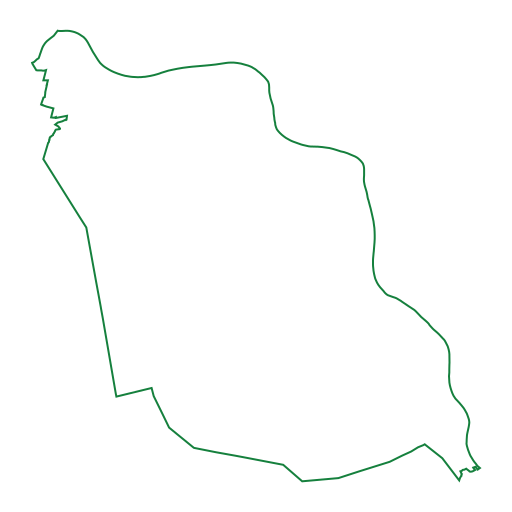 Land van Cuijk, Noord-Brabant, Netherlands (orthographic projection)
{"feature_id": "6326949B56936528103985", "entity_name": "Land van Cuijk", "entity_type": "district", "adm_level": 2, "iso_a3": "NLD", "parent_name": "Netherlands", "parent_adm1": "Noord-Brabant", "projection": "orthographic", "projection_center": [5.851, 51.664], "detail": "fine", "context": "isolated", "style": "outline", "palette": "green", "viewbox_px": 512, "rotation_deg": 0, "n_neighbors": 0, "source": "geoboundaries", "source_scale": "gbopen_adm2", "svg_char_len": 5607}
<svg xmlns="http://www.w3.org/2000/svg" viewBox="0 0 512 512"><path d="M83.6,37.1L80.0,34.7L78.2,33.6L76.4,32.8L74.6,32.1L72.8,31.6L71.0,31.2L69.2,30.9L67.4,30.8L65.6,30.8L61.9,31.0L60.1,31.0L58.3,30.9L57.7,30.7L53.8,35.7L52.4,36.8L51.2,37.7L49.8,38.8L47.2,40.9L46.1,42.0L44.9,43.4L44.0,44.8L43.4,45.7L42.8,46.8L42.3,47.9L41.9,49.0L41.1,51.2L40.5,53.0L40.1,54.0L39.9,54.7L39.3,56.5L38.7,58.1L38.6,58.3L36.8,59.4L35.5,60.7L33.9,62.1L32.1,62.8L32.4,63.7L33.8,66.1L36.3,70.2L37.6,70.4L41.2,70.4L41.9,70.5L42.4,70.6L43.1,70.7L43.6,70.7L44.3,70.6L45.4,70.3L46.0,70.1L45.2,73.4L44.1,77.6L43.4,80.3L47.9,80.3L46.7,85.0L46.9,85.0L45.2,92.4L45.3,92.7L44.8,97.1L43.4,97.6L43.1,98.7L42.9,99.3L41.8,102.4L41.4,103.5L41.1,104.5L42.4,104.9L42.3,105.1L46.6,106.6L49.6,107.4L53.4,108.4L51.1,117.4L52.8,117.6L53.4,117.7L53.9,117.6L54.3,117.6L55.5,117.2L55.4,117.5L55.5,118.0L55.8,118.0L67.0,115.8L66.5,119.7L66.2,119.9L66.0,119.5L62.3,121.3L57.7,122.6L55.2,124.6L55.7,124.9L58.1,126.3L58.3,126.4L59.9,128.4L60.0,128.5L60.0,128.8L59.8,128.9L59.5,129.1L59.3,129.2L58.8,129.2L58.4,129.3L56.8,129.5L56.3,129.6L56.0,129.6L55.8,129.8L55.4,130.2L55.1,130.7L55.1,131.0L54.7,131.8L54.6,132.0L54.4,132.3L54.2,132.5L54.1,132.8L53.8,133.3L53.8,133.5L53.2,134.0L53.1,134.5L53.0,134.8L53.0,135.1L52.9,135.2L52.6,135.3L52.2,135.6L51.8,135.9L51.5,136.0L51.3,136.3L50.7,136.8L50.4,136.8L50.2,137.0L49.9,137.5L49.7,137.9L49.6,138.1L49.7,138.5L49.5,138.9L49.5,139.2L49.5,139.4L49.4,139.5L49.2,139.8L49.4,140.1L49.2,140.4L49.0,141.1L49.0,141.4L48.8,142.2L48.7,142.3L48.6,142.5L48.2,142.7L43.3,159.1L79.8,217.3L86.3,227.5L87.4,233.6L96.0,281.1L99.0,297.3L100.9,307.7L100.9,307.9L102.8,318.3L115.8,393.7L116.0,394.7L116.4,396.6L151.6,388.0L153.7,396.1L162.6,414.2L169.1,427.6L176.9,434.0L193.7,447.7L194.1,447.9L216.3,452.3L234.8,455.6L243.9,457.3L283.2,464.8L302.2,481.3L338.4,478.1L359.7,471.2L389.7,461.8L402.2,455.6L411.2,451.5L418.0,447.3L423.4,445.1L424.7,444.3L442.3,458.2L459.2,480.4L460.0,478.0L460.9,476.4L461.1,476.2L461.5,475.8L461.5,475.7L461.4,475.3L461.3,475.1L461.5,474.7L461.8,474.1L461.6,474.0L461.3,473.4L461.2,472.9L460.4,471.3L461.9,470.8L462.1,470.6L462.5,470.0L462.7,469.9L464.6,469.6L465.7,468.9L466.3,468.7L466.5,468.9L467.4,469.7L468.2,470.2L469.4,471.2L469.6,471.5L469.9,471.6L470.8,471.7L472.5,471.4L475.1,470.0L474.0,468.7L473.3,467.8L473.2,467.6L475.5,466.8L476.6,468.3L477.7,469.6L478.2,469.2L479.9,468.0L477.5,466.0L475.8,463.7L474.4,462.0L473.2,460.3L471.5,457.5L470.5,455.9L469.8,454.4L469.3,453.1L468.0,449.7L466.9,445.9L466.7,444.8L466.6,444.3L466.5,443.9L466.6,442.2L466.7,439.4L466.9,436.4L467.0,435.0L467.3,433.3L468.0,430.1L468.7,426.9L469.0,425.1L469.3,422.8L469.2,421.2L469.0,420.0L468.7,418.8L467.7,415.9L467.0,414.0L466.6,413.1L465.9,411.9L465.1,410.4L464.0,408.6L463.6,408.0L461.2,405.0L460.4,404.1L459.5,403.0L456.8,400.1L455.4,398.6L453.5,395.7L452.3,393.1L451.4,390.6L450.6,388.1L449.9,385.4L449.4,382.6L449.2,379.3L449.1,377.6L449.0,376.3L449.3,372.6L449.3,370.5L449.3,369.3L449.4,364.8L449.5,362.7L449.4,355.1L449.4,354.3L449.2,352.3L449.1,351.6L448.6,349.3L448.2,347.9L447.7,346.3L447.5,345.9L446.8,344.5L445.1,341.2L444.3,340.0L444.0,339.6L442.9,338.5L438.8,334.1L437.1,332.5L433.6,329.5L432.5,328.4L431.4,327.2L429.6,325.2L428.8,323.9L428.2,323.2L427.3,322.3L426.0,321.1L421.1,316.9L418.2,313.8L415.8,311.3L414.5,310.1L414.1,309.8L408.3,306.0L401.8,301.6L400.9,300.9L400.4,300.6L396.7,298.4L396.3,298.2L394.8,297.6L393.2,297.1L387.9,295.2L387.4,294.9L386.4,294.2L386.2,294.0L385.3,293.2L384.5,292.3L383.6,291.1L380.7,287.9L380.0,287.1L378.9,285.6L378.3,284.8L377.0,282.6L376.0,280.4L375.3,278.8L375.0,277.8L374.3,274.9L374.0,273.5L373.5,270.6L373.3,268.5L373.1,266.6L373.0,264.8L373.0,262.8L373.0,260.2L373.1,258.4L373.6,252.9L373.8,251.2L374.2,246.2L374.5,242.6L374.7,238.9L374.7,235.3L374.6,231.7L374.4,228.0L373.9,224.4L373.5,221.3L372.6,217.1L371.8,213.5L370.6,208.3L370.0,206.2L368.3,199.7L368.0,199.1L367.8,198.2L367.6,197.4L367.2,194.8L366.6,191.9L364.9,186.2L364.5,184.5L364.0,181.7L363.9,180.0L363.9,178.5L364.1,175.3L364.1,174.4L364.1,170.8L364.1,169.0L364.0,167.7L363.7,165.9L363.0,163.9L362.9,163.6L362.2,162.6L361.4,161.6L360.2,160.3L358.5,158.7L357.2,157.7L355.5,156.7L354.9,156.4L351.3,154.9L347.6,153.3L344.0,152.1L340.8,151.4L340.2,151.2L338.4,150.6L336.2,149.9L333.2,149.0L329.3,148.0L328.3,147.9L322.5,147.1L318.0,146.7L310.5,146.5L308.7,146.3L303.0,145.0L301.2,144.5L299.5,143.9L293.1,141.6L291.4,140.9L290.0,140.2L285.9,137.9L283.7,136.3L281.6,134.6L281.2,134.2L279.8,132.9L278.2,131.1L276.9,129.4L276.1,127.5L275.4,125.2L275.3,124.9L275.2,123.6L275.1,122.6L274.9,122.0L274.5,119.9L274.4,119.2L274.3,117.8L273.7,113.8L273.6,111.1L273.3,108.0L273.1,106.6L272.8,105.3L270.6,98.5L269.4,92.8L269.2,90.7L269.2,87.6L269.0,84.4L268.6,83.1L268.1,81.6L266.4,79.4L264.5,77.2L261.8,74.7L259.6,72.6L258.9,72.1L258.2,71.6L256.3,70.0L255.1,69.1L252.7,67.7L251.8,67.1L250.0,66.3L249.2,66.0L248.2,65.6L242.8,64.1L241.0,63.6L239.2,63.3L237.4,63.0L235.6,62.8L233.8,62.6L232.0,62.6L230.2,62.6L228.3,62.7L226.5,62.9L221.1,63.7L215.7,64.5L210.2,65.1L204.8,65.6L192.1,66.7L188.5,67.1L183.0,67.8L177.6,68.7L172.2,69.8L168.5,70.6L164.9,71.7L161.3,72.8L159.5,73.5L157.6,74.1L154.0,75.1L152.2,75.5L150.4,75.9L148.6,76.2L145.0,76.8L143.1,76.9L141.3,77.1L137.7,77.2L135.9,77.1L132.3,76.9L130.5,76.7L126.9,76.1L125.0,75.8L123.2,75.3L121.4,74.8L119.6,74.2L117.8,73.6L116.0,72.9L114.2,72.2L112.4,71.4L110.6,70.5L108.8,69.5L107.0,68.4L105.2,67.3L103.4,66.0L101.6,64.4L100.1,62.9L98.0,60.0L92.9,51.9L91.0,48.4L88.0,42.8L86.9,41.0L85.6,39.2L83.6,37.1Z" fill="none" stroke="#15803d" stroke-width="2"/></svg>